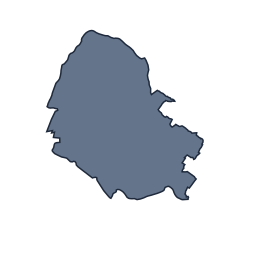 outline of Chbar Mon, Kâmpóng Spœ, Cambodia, rotated 36°
{"feature_id": "14789045B86938515353279", "entity_name": "Chbar Mon", "entity_type": "district", "adm_level": 2, "iso_a3": "KHM", "parent_name": "Cambodia", "parent_adm1": "Kâmpóng Spœ", "projection": "mercator", "projection_center": [104.521, 11.473], "detail": "fine", "context": "isolated", "style": "filled", "palette": "slate", "viewbox_px": 256, "rotation_deg": 36, "n_neighbors": 0, "source": "geoboundaries", "source_scale": "gbopen_adm2", "svg_char_len": 4311}
<svg xmlns="http://www.w3.org/2000/svg" viewBox="0 0 256 256"><g transform="rotate(36 128 128)"><path d="M76.8,61.8L71.9,61.1L69.0,60.9L67.4,61.3L65.3,62.5L63.9,63.8L60.8,64.8L57.6,65.2L55.3,66.7L53.8,67.3L52.0,67.9L49.1,68.9L46.3,69.5L43.9,69.6L42.5,69.9L41.3,70.5L40.0,71.8L39.2,73.1L38.2,75.4L37.8,78.2L37.9,82.4L38.6,84.2L39.4,84.9L39.5,86.1L39.8,87.7L39.7,89.7L39.0,91.5L38.8,92.8L38.8,93.7L39.4,97.2L39.1,99.1L38.4,100.6L37.8,101.3L37.5,103.1L37.7,104.3L38.2,105.6L39.1,108.2L39.1,109.4L38.8,113.5L38.1,114.7L37.7,115.6L38.0,116.8L38.9,118.4L39.9,120.6L41.4,123.0L42.7,125.7L43.7,128.5L43.8,130.5L43.6,131.8L43.4,134.2L45.4,141.2L46.3,144.3L47.2,146.3L48.0,149.6L48.2,151.6L48.7,153.7L48.9,155.0L49.6,156.7L50.0,158.3L52.0,158.2L53.3,157.6L54.1,156.9L55.7,155.6L58.0,154.8L59.5,154.0L60.7,154.8L60.3,155.9L59.4,157.2L59.8,159.4L61.0,166.0L64.4,178.7L68.4,174.5L69.1,176.9L71.0,174.6L73.2,179.5L78.7,176.3L81.3,179.7L78.7,182.0L77.9,183.4L78.0,184.3L78.3,185.2L79.3,187.3L79.6,188.8L79.6,190.1L80.1,191.0L81.8,191.5L83.7,191.8L86.9,191.3L91.2,190.5L95.1,188.8L96.3,188.4L101.1,189.1L102.8,188.2L103.5,187.0L104.9,186.3L106.6,186.9L107.9,188.3L110.2,188.8L128.6,189.3L129.3,188.3L130.9,186.8L132.1,186.7L133.0,187.9L134.0,188.6L135.6,189.2L138.4,190.3L145.3,193.0L153.0,194.9L154.7,195.1L155.5,194.9L155.2,192.0L154.6,190.4L154.7,189.3L155.5,187.7L155.9,186.5L155.0,185.0L155.7,183.9L157.0,183.0L157.9,182.8L159.6,182.6L161.5,182.6L162.6,182.8L164.6,183.3L168.0,184.6L169.8,184.5L171.0,184.0L172.5,183.1L174.8,181.3L177.4,180.6L178.6,179.3L179.6,178.3L180.4,177.2L181.8,175.2L183.3,172.5L184.3,171.1L185.8,169.3L186.6,168.3L187.7,166.8L189.3,164.7L190.0,163.8L191.4,161.7L192.8,159.4L193.6,157.6L193.6,156.7L193.1,155.2L193.0,154.1L194.2,152.2L195.3,151.2L197.5,151.0L200.1,151.3L201.5,152.0L203.2,153.2L205.0,154.2L207.0,154.9L208.8,155.2L211.4,154.7L213.2,154.4L214.3,153.9L218.5,150.4L218.0,149.5L217.7,148.5L216.8,148.1L216.2,148.7L215.7,149.4L215.1,148.7L214.2,148.2L213.4,148.2L212.8,147.7L212.7,146.8L212.2,146.1L211.7,145.0L211.7,144.2L211.5,143.3L211.2,141.8L211.0,140.9L212.9,140.6L213.0,136.9L213.0,135.1L213.0,133.8L213.0,131.3L213.1,130.0L213.1,129.2L211.3,128.9L210.4,128.4L209.6,128.4L201.6,128.4L200.8,129.3L200.1,129.9L197.5,131.6L197.1,130.8L196.7,129.8L196.7,128.8L196.9,128.0L196.3,127.4L196.1,126.6L195.4,126.1L195.5,125.3L195.5,124.2L192.3,124.4L192.3,122.5L192.2,121.0L192.2,119.8L192.1,118.7L191.1,118.9L191.2,118.0L191.4,117.0L191.5,116.1L191.8,115.1L193.0,115.0L193.9,115.0L194.8,114.9L196.4,114.9L197.0,114.2L197.8,113.8L198.9,114.3L199.6,114.8L200.1,114.0L200.3,113.1L200.1,111.4L200.0,109.9L200.2,109.0L200.6,108.1L200.8,106.2L199.3,106.3L199.1,105.3L198.9,104.5L198.7,103.6L198.5,102.6L198.6,101.5L198.6,100.4L198.5,99.6L198.2,98.7L198.2,97.7L197.3,97.6L197.1,96.3L197.0,95.5L196.4,94.5L195.9,93.8L194.9,93.3L193.6,93.3L193.0,94.0L192.2,93.6L191.2,93.8L190.4,93.9L189.5,93.6L188.5,93.7L187.5,93.6L186.4,91.5L184.0,93.5L182.7,94.6L181.8,94.3L180.9,94.3L180.1,94.4L179.3,94.7L178.5,95.0L177.7,94.6L176.8,94.5L175.8,94.5L175.0,94.3L173.8,94.3L173.0,94.3L171.9,94.4L170.9,94.4L170.1,94.9L169.1,96.3L168.1,96.7L167.2,96.7L166.2,96.9L165.3,96.9L164.5,97.0L164.2,98.7L163.8,99.6L163.6,100.4L163.1,101.3L162.1,101.3L160.9,100.9L160.0,100.6L159.5,99.9L159.4,98.9L159.2,97.7L159.0,96.4L158.7,95.1L157.5,95.3L156.5,95.8L155.1,96.1L154.3,95.8L153.4,95.8L152.3,96.0L152.1,97.1L151.3,97.4L150.5,97.6L149.6,97.4L148.7,97.3L147.9,97.3L147.0,96.7L146.1,96.2L145.2,96.2L144.3,96.1L143.2,96.0L142.4,95.7L141.6,95.4L141.6,94.5L141.6,93.5L141.6,92.6L141.6,91.8L141.6,90.3L141.5,89.0L141.4,88.2L141.6,87.2L141.6,86.1L142.0,85.2L142.4,84.4L142.3,83.6L143.4,83.2L144.3,83.1L145.3,82.6L146.6,81.8L147.4,81.3L147.7,80.4L148.5,79.9L150.1,78.9L149.2,78.4L148.4,78.5L147.4,78.4L146.6,78.9L145.4,79.4L144.7,78.8L143.5,79.1L142.7,79.5L141.4,79.2L140.7,79.8L139.8,80.0L138.9,79.9L138.1,79.6L137.2,79.7L136.2,79.5L135.2,79.7L134.2,80.0L133.1,80.1L131.9,79.8L131.1,80.2L129.6,80.3L127.3,87.2L125.6,86.2L123.1,82.7L120.5,81.1L119.6,80.4L118.6,79.2L117.8,78.2L116.7,77.5L115.6,76.7L114.4,75.6L112.8,74.0L111.6,71.4L110.6,68.8L107.2,65.4L102.9,62.7L100.3,61.6L98.3,64.1L96.2,64.5L92.3,64.3L89.1,63.3L86.7,62.3L83.3,61.8L81.0,61.7L79.5,61.8L76.8,61.8Z" fill="#64748b" stroke="#1e293b" stroke-width="1.5"/></g></svg>